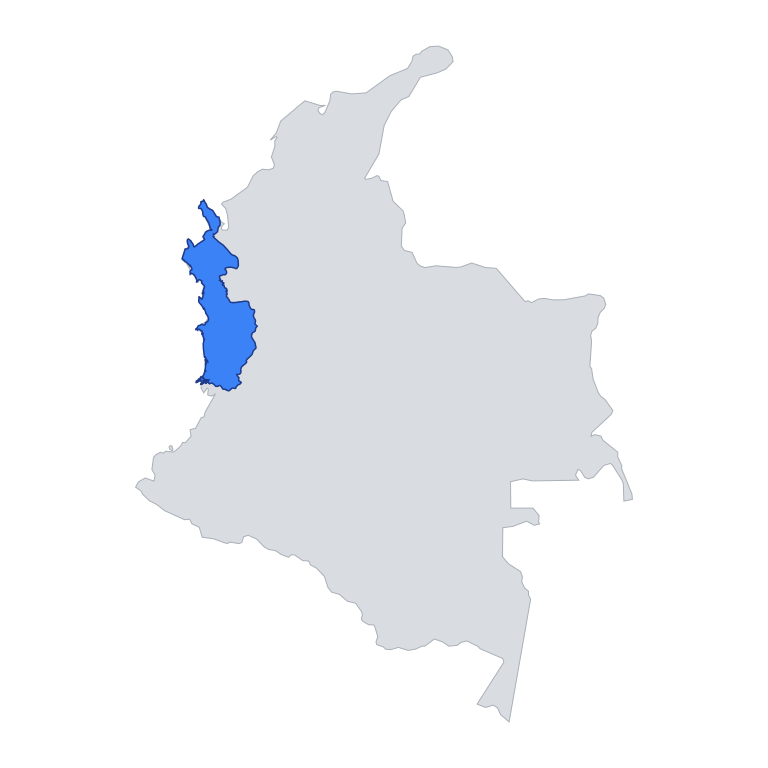 Chocó highlighted on a map of Colombia
{"feature_id": "COL-1415", "entity_name": "Chocó", "entity_type": "Department", "adm_level": 1, "iso_a3": "COL", "parent_name": "Colombia", "parent_adm1": "", "projection": "albers", "projection_center": [-77.125, 6.337], "detail": "fine", "context": "in_parent", "style": "filled", "palette": "blue", "viewbox_px": 768, "rotation_deg": 0, "n_neighbors": 0, "source": "natural_earth", "source_scale": "10m", "svg_char_len": 9750}
<svg xmlns="http://www.w3.org/2000/svg" viewBox="0 0 768 768"><path d="M445.8,69.1L437.2,72.8L420.3,77.3L408.9,96.5L401.0,99.9L391.3,111.3L384.2,125.4L378.9,154.0L364.6,178.3L365.8,179.4L371.6,178.3L377.0,175.6L379.0,176.4L381.0,180.6L387.6,181.6L393.1,201.2L403.2,211.1L404.3,215.0L405.7,223.1L402.1,228.1L401.3,246.1L404.4,250.5L412.0,252.3L417.1,263.4L420.3,265.9L424.9,267.6L435.8,265.8L455.8,267.4L460.4,267.1L471.6,263.0L485.7,267.6L496.2,268.3L525.1,301.7L527.9,300.7L531.5,302.6L538.7,299.0L544.9,298.4L553.0,299.9L563.8,299.8L585.3,295.9L588.5,293.9L600.3,295.6L603.8,298.1L605.7,304.4L604.3,308.3L600.3,312.3L598.1,317.4L597.8,323.5L595.8,328.1L592.0,331.1L590.6,335.4L591.6,341.0L589.9,366.6L591.6,368.6L593.1,379.1L598.3,392.6L600.8,396.4L605.0,399.5L612.9,410.6L611.2,414.4L591.9,432.3L591.0,436.3L594.8,434.6L600.8,436.1L603.0,440.3L617.8,452.2L617.7,456.9L622.0,466.0L621.3,468.0L631.9,493.9L632.4,499.4L623.9,501.1L623.3,483.6L622.0,480.1L612.2,464.7L610.2,463.5L603.9,465.4L593.5,477.1L588.6,478.9L584.7,477.3L580.6,470.6L577.9,469.4L575.5,475.2L578.8,480.2L532.1,480.9L523.0,478.9L510.5,481.7L510.8,508.1L532.9,508.1L539.1,515.6L538.6,521.8L539.6,523.9L534.3,525.3L526.5,521.2L512.9,526.4L502.8,527.7L502.5,556.8L508.7,564.0L520.6,571.6L522.4,576.8L521.7,581.8L524.6,588.0L528.5,591.3L528.5,595.0L530.6,599.2L509.1,721.9L500.6,714.6L497.5,707.9L493.4,705.2L485.6,707.4L477.1,704.1L503.8,662.3L502.8,658.6L480.0,648.7L477.6,646.2L466.7,640.9L460.7,642.5L457.3,645.3L449.1,646.2L442.4,641.8L434.4,639.0L424.9,646.1L422.1,646.1L415.3,649.2L408.0,650.4L398.5,647.4L390.9,649.6L385.6,649.2L383.5,647.0L376.7,644.6L376.0,641.8L377.8,636.7L374.8,626.6L373.7,624.9L368.6,624.7L362.5,621.1L361.3,618.9L362.5,614.8L361.4,611.3L355.5,603.2L347.3,601.2L339.4,594.4L331.5,592.1L327.9,587.3L324.4,576.4L316.2,567.9L310.5,565.0L308.6,561.0L302.7,560.6L294.7,555.0L291.2,554.7L288.7,557.3L281.4,554.6L275.1,550.5L268.6,549.5L264.3,547.0L256.6,539.1L248.3,535.3L243.5,536.7L241.9,542.5L239.1,543.6L229.5,542.1L227.9,543.4L225.4,543.1L213.7,538.8L202.2,537.2L199.3,527.3L191.9,523.8L189.7,519.2L184.5,519.7L164.7,510.7L156.6,504.4L149.7,501.0L142.4,494.0L141.2,491.2L135.6,487.1L138.4,481.9L145.2,478.0L154.0,481.1L155.1,475.0L151.9,469.6L153.5,457.4L155.8,454.7L160.6,452.2L163.6,453.2L165.5,451.2L172.7,452.1L174.9,451.2L180.4,446.4L182.7,442.4L185.2,442.8L191.1,436.2L190.1,429.7L195.6,428.2L201.4,417.4L203.9,417.1L205.2,412.0L215.3,394.1L211.6,396.2L207.7,394.9L208.3,388.9L207.1,388.2L203.8,392.8L201.0,388.1L201.8,380.5L197.2,381.9L197.4,380.1L204.0,374.3L206.7,361.2L204.6,356.4L203.2,336.6L202.1,332.9L196.7,327.9L205.2,322.3L208.3,318.0L204.4,309.2L199.3,301.9L199.2,297.4L202.2,297.8L203.4,285.6L200.6,280.9L197.1,280.8L185.9,262.7L181.9,258.9L184.9,250.2L188.3,246.4L187.6,239.8L189.8,240.1L194.7,246.1L196.6,245.2L204.2,239.5L204.4,234.2L210.4,228.7L201.9,210.1L199.0,207.2L202.5,201.3L204.5,201.6L207.8,207.4L213.1,211.2L220.9,221.6L224.3,223.8L221.9,226.2L221.4,228.6L222.5,230.0L227.0,230.3L228.7,227.4L227.5,214.9L225.7,208.6L221.5,204.2L222.9,202.3L230.9,199.2L247.5,187.2L253.1,175.9L257.5,171.9L262.4,169.2L268.4,169.8L273.1,168.4L274.5,164.8L271.4,157.0L274.9,146.3L274.8,140.9L277.0,137.6L276.2,136.4L270.2,140.2L276.4,132.7L280.7,121.1L304.8,100.8L320.5,105.6L325.4,105.3L318.9,107.8L318.0,110.8L320.3,113.8L322.6,114.7L324.7,112.7L329.9,100.8L330.6,94.3L332.9,92.1L336.2,91.2L351.6,93.9L366.1,92.9L389.7,75.8L407.6,68.4L411.9,61.4L413.0,56.2L416.2,54.2L419.6,54.1L421.6,51.3L429.8,46.7L438.6,46.1L447.9,49.9L452.3,56.8L453.1,61.6L445.8,69.1ZM173.0,449.9L171.9,450.8L169.8,449.2L169.0,447.1L170.3,445.6L172.0,446.1L173.0,449.9Z" fill="#d9dde1" stroke="#a8b0b8" stroke-width="1"/><path d="M199.0,206.1L200.6,204.4L201.0,203.4L200.8,201.9L201.5,201.5L202.8,201.3L203.2,201.0L203.3,200.3L203.6,199.9L204.2,200.3L204.6,201.8L206.3,204.1L207.3,207.3L209.9,209.1L211.9,209.9L212.5,210.4L213.0,210.9L216.2,216.3L217.1,216.9L218.9,217.1L219.4,219.2L219.9,220.6L220.2,224.0L220.0,224.9L219.7,225.3L219.6,226.0L218.8,226.5L218.5,226.9L218.2,227.6L217.5,231.7L215.5,233.5L214.6,234.2L213.5,234.0L213.5,235.6L213.8,236.2L213.5,236.2L213.2,236.5L213.9,237.5L219.1,242.2L223.3,245.2L227.5,249.8L230.8,253.8L232.6,255.2L234.0,255.4L234.6,255.6L236.8,257.4L237.4,258.1L238.2,260.7L238.4,265.2L238.1,266.4L236.7,268.6L235.8,268.6L234.5,268.0L231.2,267.2L227.7,267.4L225.8,268.0L225.2,268.3L225.0,268.9L225.3,269.7L226.0,270.2L226.4,271.3L226.6,272.8L226.4,273.4L226.0,273.9L225.4,274.6L225.0,274.8L223.1,274.6L221.8,275.4L219.5,276.0L219.6,277.9L219.7,278.4L220.3,278.8L220.4,279.2L219.6,280.3L220.6,280.4L220.8,281.5L221.1,281.7L221.5,281.7L222.2,280.8L222.4,281.0L222.1,282.1L222.4,282.6L223.6,282.8L223.8,283.0L223.7,283.6L222.9,283.4L222.6,284.0L222.5,284.8L222.7,285.3L223.2,285.1L223.8,285.3L224.2,285.8L224.3,286.3L224.3,287.0L225.4,288.3L226.0,288.2L226.9,289.3L226.9,289.7L226.3,290.7L226.4,291.1L227.1,291.2L226.8,291.7L226.2,291.8L226.9,292.9L227.0,293.4L226.5,294.0L227.1,294.3L226.8,294.7L226.5,295.4L226.4,296.1L226.5,296.8L226.8,297.1L227.6,297.4L227.9,298.5L229.0,299.7L229.4,300.5L229.6,301.3L230.0,301.8L230.5,302.2L231.6,302.5L232.6,302.6L235.8,302.5L237.6,302.1L241.8,301.7L243.1,301.4L244.7,301.2L246.2,301.2L247.6,301.4L248.4,301.9L248.8,302.6L249.1,305.1L250.1,307.6L251.2,309.1L252.2,309.5L253.3,309.5L254.4,310.0L254.6,311.9L253.5,314.7L253.4,315.7L253.9,317.6L255.4,320.1L255.5,321.2L254.9,323.6L255.6,324.6L257.2,326.2L255.7,327.9L255.6,329.0L255.1,331.2L253.0,332.5L252.2,333.1L251.5,335.4L251.6,337.2L255.0,342.7L255.4,344.1L255.3,345.3L255.9,346.3L255.9,348.3L254.2,349.8L253.2,351.0L252.1,354.3L250.4,356.2L246.9,359.4L246.3,360.5L246.3,361.0L246.7,362.0L246.1,362.9L244.9,364.1L243.8,364.9L241.6,366.9L241.3,367.5L240.7,369.6L240.7,370.1L241.0,370.8L241.0,371.6L240.5,373.4L239.9,373.9L239.4,374.2L237.8,374.6L236.8,374.5L237.5,376.2L238.9,377.5L238.9,377.9L238.7,379.9L238.8,380.9L240.5,381.7L241.2,382.4L241.0,382.9L240.9,383.1L239.8,384.2L238.8,384.5L237.9,385.0L236.8,386.1L235.9,387.3L235.7,388.3L234.9,388.5L232.9,388.0L232.4,388.0L232.0,388.2L229.3,390.6L228.8,390.8L228.1,390.7L226.3,390.0L225.9,389.8L225.6,389.4L225.0,389.2L223.7,389.3L222.7,388.9L221.1,386.3L220.1,385.6L218.9,385.5L218.3,386.1L217.6,386.4L215.7,386.3L213.3,383.8L212.8,383.7L212.1,383.1L211.3,383.1L210.4,383.4L209.7,383.8L209.4,383.7L209.0,383.5L208.4,382.8L208.3,381.3L208.0,380.7L208.8,379.8L204.7,379.6L204.1,378.9L202.6,376.4L203.8,374.8L204.0,374.2L204.4,372.4L204.8,371.8L205.7,371.4L205.7,371.1L204.8,371.4L204.9,370.2L205.4,368.3L205.4,362.7L205.7,363.4L206.2,363.9L206.5,362.8L206.4,362.2L205.4,361.7L205.1,359.9L206.1,360.0L206.8,360.5L207.6,361.9L207.9,361.9L207.4,360.6L205.7,358.5L205.4,357.1L204.6,357.4L204.2,355.8L203.7,350.5L203.5,349.9L203.2,343.7L203.8,341.0L204.3,339.8L203.7,339.5L203.8,337.7L203.6,337.3L203.2,337.0L203.0,336.2L202.9,334.5L202.3,334.7L202.0,334.6L201.8,334.1L201.8,333.4L202.1,333.4L202.4,333.7L202.9,333.4L202.5,333.1L202.3,332.8L202.1,331.2L201.8,330.9L200.7,330.6L199.6,329.4L199.0,329.2L198.0,329.3L197.8,329.6L197.7,330.1L197.2,329.6L196.0,329.8L195.7,329.3L195.8,329.0L196.1,328.7L196.7,328.6L197.0,328.2L198.0,326.2L198.5,325.6L200.1,325.3L201.4,324.3L202.0,324.2L203.9,325.0L204.9,324.7L205.1,324.5L205.4,323.6L205.4,322.8L206.1,322.8L206.4,322.2L207.8,321.3L208.4,319.9L208.5,319.4L208.4,317.7L207.8,316.3L206.1,313.6L205.7,313.3L205.7,312.4L204.1,308.0L203.8,308.0L203.8,309.1L203.5,309.1L202.9,307.3L201.8,305.7L199.3,302.7L198.9,302.0L198.7,301.4L198.8,299.7L199.1,297.6L198.8,297.1L199.1,296.8L200.6,298.1L201.5,299.3L202.0,299.0L202.4,298.3L202.9,296.8L203.1,296.0L203.1,294.7L202.9,294.3L202.2,293.3L202.3,292.9L203.2,292.6L203.3,292.8L203.8,293.2L203.9,292.5L203.8,292.0L203.4,291.5L202.9,291.2L202.9,290.9L203.6,289.9L203.8,289.2L203.8,288.4L204.3,287.8L204.5,286.9L204.4,286.0L204.1,285.3L202.7,284.2L202.0,283.4L201.6,283.1L201.8,281.3L201.7,280.8L199.6,279.7L198.7,279.9L197.9,280.5L197.4,281.1L197.7,281.7L196.6,282.0L196.6,281.0L196.8,280.0L195.2,276.4L194.4,275.3L193.2,274.2L192.6,273.8L191.6,273.5L191.2,273.2L190.7,273.3L190.6,274.2L190.2,274.4L190.0,271.6L190.4,270.4L191.5,270.0L192.0,269.2L191.5,267.6L190.2,265.2L189.9,265.2L190.5,266.1L190.5,266.4L190.2,266.4L189.5,265.4L186.5,262.2L185.0,261.6L184.4,260.6L183.8,260.5L184.1,260.2L183.6,260.0L183.1,259.7L182.5,258.8L182.1,258.7L185.2,248.9L186.2,249.1L187.1,248.9L187.8,248.5L188.4,247.7L188.8,246.7L188.7,245.8L187.8,244.0L187.4,242.7L187.2,241.0L187.5,239.5L188.5,239.0L190.9,240.9L191.3,241.4L191.1,242.0L191.7,242.3L193.1,244.3L193.6,246.4L194.0,246.8L194.9,246.7L195.9,245.9L197.8,244.1L203.4,240.5L204.6,239.5L204.4,238.7L203.5,237.9L203.0,236.7L203.1,236.2L204.3,234.7L205.4,232.4L206.2,231.5L207.5,230.9L208.8,230.4L210.0,230.2L211.5,230.2L211.8,230.0L211.4,229.4L210.2,228.3L210.0,227.7L209.9,226.7L209.0,223.5L207.8,221.3L206.4,219.2L205.6,217.3L205.3,216.9L203.7,216.4L203.2,215.7L202.9,214.3L202.6,211.5L202.0,210.1L201.3,208.9L200.9,208.6L200.2,208.4L199.0,208.5L198.6,208.2L198.6,207.3L199.0,206.1ZM204.0,379.8L204.9,380.2L206.5,379.9L207.3,380.0L206.6,381.2L206.1,381.7L205.5,381.5L204.8,380.6L203.8,381.0L202.9,381.1L200.7,381.1L199.4,380.9L198.8,381.0L197.9,382.0L196.2,382.6L196.0,382.2L196.1,381.7L196.3,381.1L197.2,380.7L198.1,379.9L198.6,379.8L200.7,380.0L200.5,379.7L199.6,378.9L201.0,378.9L200.0,378.7L200.1,378.3L201.5,377.5L200.7,377.2L201.0,376.7L202.1,377.2L202.7,377.8L204.0,379.8ZM200.7,384.3L200.8,383.7L201.0,383.2L201.5,382.8L203.0,382.7L203.4,381.9L203.7,381.6L204.2,381.4L204.7,381.6L205.4,382.4L205.6,382.5L206.8,382.0L206.8,382.7L206.2,383.3L205.7,383.3L205.0,382.7L204.6,382.6L204.1,382.6L202.3,384.1L200.7,384.3Z" fill="#3b82f6" stroke="#1e3a8a" stroke-width="1.5"/></svg>